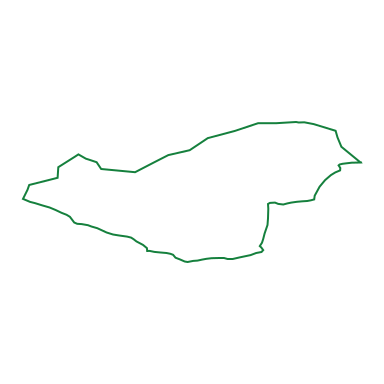 Sigtuna, Stockholm, Sweden (Robinson projection)
{"feature_id": "70781695B39328954210913", "entity_name": "Sigtuna", "entity_type": "district", "adm_level": 2, "iso_a3": "SWE", "parent_name": "Sweden", "parent_adm1": "Stockholm", "projection": "robinson", "projection_center": [17.908, 59.666], "detail": "fine", "context": "isolated", "style": "outline", "palette": "green", "viewbox_px": 384, "rotation_deg": 0, "n_neighbors": 0, "source": "geoboundaries", "source_scale": "gbopen_adm2", "svg_char_len": 1491}
<svg xmlns="http://www.w3.org/2000/svg" viewBox="0 0 384 384"><path d="M75.2,156.5L60.0,166.1L58.3,167.2L57.6,177.8L29.5,184.9L29.2,185.0L27.5,189.8L23.0,198.9L30.1,201.9L34.9,203.1L42.3,205.4L49.6,207.5L55.6,210.0L61.5,212.8L66.6,214.8L69.9,216.8L72.4,220.1L74.2,222.5L77.2,223.8L81.7,224.1L88.0,225.2L91.4,226.5L97.3,228.2L106.6,232.5L113.0,234.5L119.2,235.5L127.1,236.6L131.1,237.6L133.6,239.2L136.4,241.4L143.0,244.9L146.9,248.1L147.2,251.0L149.6,250.9L154.4,251.9L160.5,252.5L166.5,253.0L170.4,253.8L173.1,254.8L175.5,257.7L179.9,259.4L184.7,261.5L187.6,262.0L193.2,260.9L197.5,260.6L202.1,259.6L206.5,258.8L211.6,258.2L219.1,258.0L224.0,258.0L227.6,259.0L232.7,259.0L239.2,257.5L242.5,256.8L250.6,255.1L256.2,253.0L261.5,252.0L263.2,250.1L261.3,247.5L259.8,246.1L262.0,242.7L263.2,239.0L264.6,233.5L267.5,225.0L268.0,218.4L268.3,208.7L268.0,204.0L269.9,202.9L275.0,202.6L278.2,203.9L283.3,204.5L287.4,203.4L291.2,202.6L296.8,201.8L302.4,201.3L307.2,201.0L310.9,200.3L314.2,199.4L314.7,195.7L319.6,186.7L325.1,180.1L330.9,175.1L335.3,172.4L340.1,170.4L340.3,168.0L338.6,165.4L339.6,164.5L342.5,163.8L345.7,163.4L351.7,162.7L361.0,162.5L360.9,162.3L360.3,162.3L341.4,146.8L337.5,137.4L335.6,130.8L313.7,124.1L304.3,122.3L298.7,122.5L296.1,122.0L286.0,122.6L276.2,123.2L258.1,123.2L234.6,131.0L207.8,138.1L189.7,150.2L168.3,155.1L154.4,162.2L135.1,172.2L101.2,169.0L100.9,168.6L96.6,162.2L88.5,159.5L85.9,158.7L78.4,154.4L75.2,156.5Z" fill="none" stroke="#15803d" stroke-width="2"/></svg>